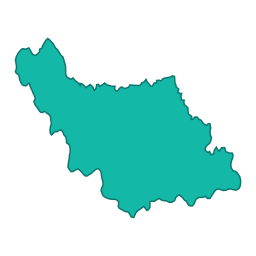 outline of Jordânia, Minas Gerais, Brazil
{"feature_id": "56859067B86488338348138", "entity_name": "Jordânia", "entity_type": "district", "adm_level": 2, "iso_a3": "BRA", "parent_name": "Brazil", "parent_adm1": "Minas Gerais", "projection": "equal_earth", "projection_center": [-40.318, -15.874], "detail": "fine", "context": "isolated", "style": "filled", "palette": "teal", "viewbox_px": 256, "rotation_deg": 0, "n_neighbors": 0, "source": "geoboundaries", "source_scale": "gbopen_adm2", "svg_char_len": 3605}
<svg xmlns="http://www.w3.org/2000/svg" viewBox="0 0 256 256"><path d="M172.1,75.8L170.8,77.0L165.4,78.0L162.8,78.7L161.1,81.0L159.1,80.2L156.6,80.5L156.8,82.9L154.2,83.0L152.3,86.1L150.7,86.2L148.5,83.3L147.0,81.8L146.0,79.4L143.8,82.3L141.8,82.6L140.9,84.5L139.5,85.6L136.2,85.4L134.0,85.3L130.0,84.9L128.5,87.3L125.0,88.5L122.9,87.8L121.5,86.9L119.4,88.4L118.1,90.4L116.2,91.3L114.5,89.1L115.0,86.3L112.8,86.3L111.0,86.1L109.2,85.4L107.4,85.2L104.6,83.0L102.7,84.6L101.1,85.7L99.4,86.2L98.5,84.4L96.7,84.7L95.9,88.6L94.3,90.4L92.7,86.8L90.2,84.5L88.5,85.6L86.0,87.7L84.6,86.1L82.3,84.0L80.1,83.4L80.3,85.6L77.7,82.5L75.4,80.8L73.0,77.9L71.2,79.4L69.4,78.4L67.4,77.5L65.7,74.6L65.6,66.7L64.7,62.9L62.9,57.0L60.8,55.1L57.6,49.8L55.7,48.1L54.4,46.0L53.2,43.8L51.1,41.5L49.5,39.8L47.7,38.5L45.7,40.5L42.6,45.9L41.6,48.6L39.6,49.1L39.5,52.0L36.5,54.9L34.8,55.3L32.5,54.2L28.9,47.9L25.7,49.2L22.5,48.7L20.5,50.2L18.1,53.2L16.3,56.8L15.5,59.8L16.5,66.5L16.4,68.8L15.4,71.7L16.5,73.5L18.6,74.6L19.3,77.1L19.6,79.4L20.7,82.1L22.1,84.6L23.8,85.6L26.1,85.8L27.8,84.1L29.4,83.3L30.1,86.1L31.0,88.4L32.1,90.5L33.0,93.0L34.4,95.5L35.3,98.4L33.9,101.6L34.9,104.4L36.8,107.0L38.4,109.3L39.5,111.1L40.8,112.3L42.5,112.5L44.2,111.4L45.9,112.2L47.2,113.5L48.8,114.4L50.5,116.5L50.6,119.2L51.1,121.2L51.3,123.9L50.7,126.1L50.2,128.1L50.0,130.9L50.4,133.5L51.6,134.9L53.0,133.6L54.7,131.7L57.0,131.7L59.2,130.4L61.4,130.1L62.8,132.1L64.0,135.0L65.8,137.0L66.4,139.5L66.6,143.0L69.0,144.5L69.8,146.6L70.2,148.7L70.2,152.1L69.4,155.6L69.2,158.7L68.6,161.5L68.2,164.6L68.0,167.5L69.5,169.5L71.0,171.7L72.9,171.5L75.1,170.2L77.1,169.1L78.7,169.2L80.4,170.9L82.4,172.9L84.0,174.9L85.8,176.1L87.7,175.7L89.1,174.5L90.7,173.8L92.4,172.4L94.3,170.6L96.0,169.2L98.3,168.7L99.9,170.2L101.0,171.7L101.5,175.4L102.2,179.2L103.1,182.7L102.9,186.1L101.7,187.7L101.1,190.7L102.3,193.9L103.3,195.9L105.5,197.4L108.0,198.5L110.6,199.1L113.1,199.3L115.2,199.3L117.1,200.2L118.6,201.7L118.6,204.2L118.2,206.5L119.2,208.2L120.7,209.1L122.2,209.8L124.0,211.0L125.8,211.7L128.0,211.8L129.8,214.2L131.2,217.0L133.8,217.5L134.8,215.1L135.6,213.2L136.8,211.7L138.1,210.5L139.7,209.4L141.8,207.9L143.8,206.5L145.3,208.3L146.8,210.5L148.5,209.7L149.8,207.5L149.9,204.6L149.9,201.7L151.7,201.2L154.6,201.3L156.9,199.6L159.3,198.5L161.4,200.0L163.6,200.6L166.8,201.0L169.4,202.3L172.0,202.2L174.6,200.6L175.5,198.2L176.8,196.2L179.1,195.0L181.6,196.7L183.3,198.5L184.6,200.4L186.4,201.0L187.2,203.0L188.6,205.3L190.4,206.0L192.3,205.9L194.1,203.9L195.3,200.6L196.6,198.8L198.5,197.6L200.8,197.4L203.0,197.3L205.4,196.3L207.3,198.4L209.9,198.5L211.5,196.0L213.3,193.2L214.7,191.2L216.4,189.5L219.0,188.8L220.8,189.7L223.4,190.5L226.0,190.2L227.8,189.3L230.6,188.8L233.5,189.7L235.6,190.1L237.4,189.6L239.2,188.2L240.3,185.6L240.6,182.6L240.6,180.0L239.8,176.8L238.3,174.5L237.0,172.5L235.2,171.3L233.0,170.6L231.2,168.0L230.8,164.6L231.3,161.5L232.6,158.0L233.0,154.6L232.0,153.0L229.7,153.2L225.7,151.6L224.7,147.6L221.6,147.7L219.2,151.1L217.3,149.2L216.4,147.2L214.3,150.2L213.7,153.7L210.9,154.8L209.6,151.4L208.2,152.6L206.7,151.6L205.0,149.8L205.8,147.0L207.4,145.0L209.7,143.2L210.7,140.9L211.5,137.5L210.3,135.0L210.0,131.7L210.7,127.9L209.9,123.7L208.2,123.7L206.5,125.5L203.5,123.7L201.1,120.2L198.8,119.2L197.1,117.0L194.8,117.0L193.1,119.1L191.4,119.4L191.8,116.5L188.5,114.0L188.0,111.3L187.9,107.9L186.1,106.1L184.5,104.7L183.8,102.6L184.2,100.2L181.4,100.0L181.0,96.2L181.6,93.5L179.4,93.3L177.8,92.1L178.8,89.2L176.2,87.0L175.8,84.8L175.0,83.0L174.7,78.9L174.5,76.4L172.1,75.8Z" fill="#14b8a6" stroke="#0f766e" stroke-width="1.5"/></svg>